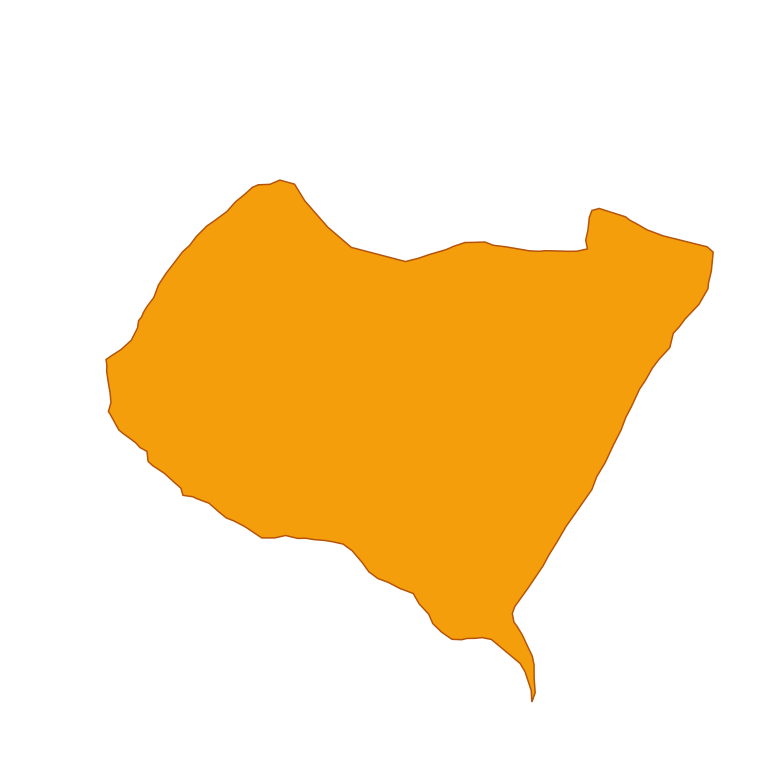 Owan West, Edo, Nigeria (orthographic projection), rotated 291°
{"feature_id": "59680162B12689851933854", "entity_name": "Owan West", "entity_type": "district", "adm_level": 2, "iso_a3": "NGA", "parent_name": "Nigeria", "parent_adm1": "Edo", "projection": "orthographic", "projection_center": [5.884, 6.933], "detail": "fine", "context": "isolated", "style": "filled", "palette": "amber", "viewbox_px": 768, "rotation_deg": 291, "n_neighbors": 0, "source": "geoboundaries", "source_scale": "gbopen_adm2", "svg_char_len": 2247}
<svg xmlns="http://www.w3.org/2000/svg" viewBox="0 0 768 768"><g transform="rotate(291 384 384)"><path d="M625.1,644.0L627.9,636.6L622.3,591.3L622.2,574.4L623.7,565.1L625.1,554.3L626.6,549.7L625.0,522.0L620.5,515.9L613.0,516.0L601.0,519.2L590.5,520.8L583.0,525.5L577.0,516.3L574.0,508.7L570.7,499.3L566.4,487.2L565.6,485.5L563.4,481.1L560.4,471.9L555.8,448.8L552.7,436.5L552.7,427.3L548.2,416.6L545.1,408.9L537.6,399.8L531.6,393.7L521.1,379.9L513.5,370.8L506.0,360.1L500.1,307.0L499.8,304.7L510.2,275.4L526.6,244.4L538.5,228.9L537.3,216.5L537.0,213.6L529.5,205.9L524.9,195.2L522.5,192.8L520.4,190.6L511.4,186.1L500.9,180.1L488.9,175.6L476.9,168.0L467.9,161.9L454.3,155.9L443.8,152.9L434.8,148.4L424.3,145.4L409.3,140.9L395.8,138.0L382.3,138.1L371.8,135.1L370.7,134.9L364.3,133.7L359.8,133.7L355.3,132.2L347.8,133.8L334.3,132.4L322.3,126.4L311.8,118.8L307.2,115.7L302.4,118.5L296.7,120.4L288.1,125.2L283.3,128.0L278.6,130.9L269.0,135.7L259.5,136.6L257.7,139.1L256.6,140.4L246.0,153.0L244.1,158.8L242.1,166.5L240.1,173.3L237.2,179.1L236.1,186.9L227.3,191.4L224.9,197.2L221.9,211.0L219.1,218.2L218.3,220.3L217.5,222.2L215.9,226.4L213.9,231.8L208.0,236.2L210.3,246.2L209.9,249.5L209.9,255.6L210.0,263.4L205.4,275.7L202.4,284.9L202.4,292.6L201.0,305.0L196.5,325.0L201.2,337.2L207.3,346.4L208.9,358.7L212.0,366.4L213.6,374.1L216.7,384.8L218.3,392.5L219.9,403.3L219.7,403.9L219.2,405.7L218.7,407.5L216.9,414.1L209.3,428.0L203.2,437.2L200.2,448.0L200.3,457.2L200.3,458.8L198.8,472.6L198.9,486.5L196.4,489.4L191.3,495.7L185.2,508.1L179.5,513.8L178.1,515.2L177.6,515.8L177.3,516.5L173.0,526.6L170.0,538.9L173.1,548.1L176.2,552.7L179.3,560.4L182.4,566.5L184.0,575.8L171.9,611.2L165.8,618.9L150.6,631.3L140.1,636.0L149.9,635.8L163.4,629.5L175.4,624.8L182.9,620.1L191.8,610.8L199.3,603.0L205.3,595.3L208.3,590.6L215.1,586.4L215.8,586.0L223.3,585.9L245.8,591.8L271.3,597.7L283.3,599.2L298.3,602.1L316.3,605.0L336.1,610.0L360.1,615.9L373.6,615.8L386.1,618.0L390.1,618.7L409.7,620.1L425.8,621.8L439.3,621.7L451.3,623.1L470.8,624.4L481.2,626.8L494.8,628.8L505.3,631.8L520.4,637.8L534.9,635.9L542.4,638.9L552.9,641.9L570.9,649.4L589.0,652.3L594.9,650.7L606.9,649.1L610.8,648.0L620.3,645.4L625.1,644.0Z" fill="#f59e0b" stroke="#b45309" stroke-width="1.5"/></g></svg>